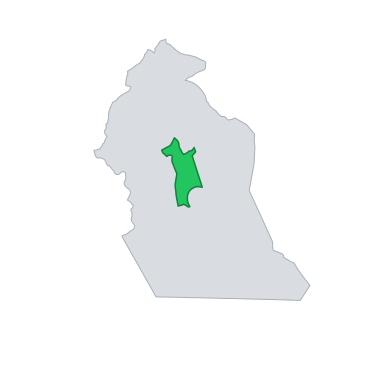 Batha Ouest, Batha, Chad shown in context, rotated 151°
{"feature_id": "50815135B78939282341988", "entity_name": "Batha Ouest", "entity_type": "district", "adm_level": 2, "iso_a3": "TCD", "parent_name": "Chad", "parent_adm1": "Batha", "projection": "natural_earth1", "projection_center": [18.7, 14.28], "detail": "fine", "context": "in_parent", "style": "filled", "palette": "green", "viewbox_px": 384, "rotation_deg": 151, "n_neighbors": 0, "source": "geoboundaries", "source_scale": "gbopen_adm2", "svg_char_len": 4707}
<svg xmlns="http://www.w3.org/2000/svg" viewBox="0 0 384 384"><g transform="rotate(151 192 192)"><path d="M274.3,117.7L274.3,126.0L274.4,134.2L274.5,142.4L274.5,150.7L274.6,158.9L274.7,167.1L274.7,175.4L274.8,183.6L274.8,186.3L274.6,187.4L274.5,187.5L274.2,187.7L270.5,187.0L268.9,186.9L266.6,187.5L263.2,187.8L261.0,187.7L259.5,189.2L258.4,190.9L258.9,195.0L258.8,196.3L258.4,197.7L257.4,198.9L256.3,199.9L255.7,200.7L255.0,202.6L254.4,203.4L254.5,204.6L254.3,205.8L253.7,206.5L252.1,206.9L251.1,207.5L250.3,208.3L249.8,209.0L250.1,209.8L250.5,211.0L250.7,212.8L250.9,213.9L251.6,214.8L252.1,215.4L252.3,216.2L251.8,216.8L249.9,218.1L249.1,218.6L248.3,219.3L247.9,219.5L246.5,220.8L245.8,221.9L245.5,222.8L245.5,224.1L246.2,226.0L247.0,227.6L247.3,228.9L247.5,230.2L247.4,231.5L247.0,232.6L246.3,233.6L243.7,235.5L242.4,237.5L241.4,240.1L241.1,241.4L241.4,242.3L242.0,243.1L242.8,243.5L243.9,243.6L245.8,243.2L247.6,242.9L249.4,243.8L250.4,245.9L250.1,247.5L250.8,250.2L251.4,253.6L251.4,254.7L251.7,255.2L252.8,255.4L253.1,256.2L252.7,262.1L253.3,263.7L254.1,264.9L255.0,265.5L255.9,266.3L256.3,266.9L257.4,267.0L258.5,268.0L258.9,269.5L258.8,270.9L258.1,273.9L257.6,275.9L256.9,275.7L255.5,275.2L253.8,274.8L251.8,274.5L249.8,275.3L247.7,276.3L247.1,277.1L246.5,277.6L245.5,277.5L244.7,277.7L244.2,278.4L243.4,279.2L240.4,281.0L239.7,281.6L239.4,282.2L239.4,282.9L239.7,284.3L239.7,286.1L239.0,287.5L238.2,288.4L237.3,288.8L236.6,289.0L236.1,289.6L234.5,292.8L233.8,293.4L232.4,293.3L228.4,298.1L228.0,299.5L226.5,301.5L224.6,303.8L223.0,304.8L222.9,305.2L222.4,305.7L221.4,306.2L217.8,308.9L213.6,308.8L211.7,309.8L209.8,310.3L207.2,310.8L206.4,310.8L202.9,311.0L198.9,310.9L197.3,311.3L195.9,312.3L194.8,313.2L194.7,313.6L194.8,313.9L194.8,314.2L197.6,316.5L198.3,317.5L197.6,318.6L197.3,318.8L197.2,318.8L196.8,319.7L195.1,322.2L192.6,325.1L191.3,326.0L190.8,326.5L190.1,328.5L189.7,328.8L188.0,329.0L184.5,329.2L179.8,329.9L177.0,330.1L175.2,329.9L172.7,331.3L171.8,331.6L171.3,331.7L168.8,333.1L166.8,335.1L166.0,335.5L163.2,336.4L162.0,337.8L161.5,337.9L159.6,336.0L158.4,334.3L157.8,332.6L157.7,332.1L157.3,332.2L156.3,332.9L155.5,333.8L155.0,335.4L152.1,336.5L149.5,337.5L148.4,338.7L146.6,339.3L144.3,339.0L142.5,338.5L140.8,338.4L141.6,336.9L142.0,335.8L142.0,334.4L141.9,333.5L140.9,333.1L140.2,332.3L138.7,328.1L137.2,323.7L135.1,319.4L132.7,316.6L131.0,314.9L130.5,314.7L129.6,314.2L129.0,313.7L125.9,310.8L122.7,307.5L121.9,306.0L120.3,303.7L118.5,301.4L117.5,300.4L117.1,298.5L118.4,296.8L119.7,294.6L121.3,293.2L123.5,293.1L126.9,293.7L130.7,293.9L134.4,293.4L135.4,293.1L136.4,293.2L138.4,293.7L141.9,293.5L143.7,292.7L141.7,291.2L139.6,288.8L137.7,286.2L136.5,283.9L135.4,280.9L134.4,277.1L133.8,272.3L133.9,269.6L134.3,267.6L135.3,264.4L134.6,262.6L134.8,261.1L134.7,258.8L134.4,257.7L133.0,254.0L132.8,253.6L131.6,251.0L131.0,246.7L129.7,243.9L127.5,242.5L126.3,240.9L125.9,237.9L125.0,237.2L121.6,236.1L118.7,236.1L116.7,232.8L114.0,228.5L111.6,224.6L110.1,216.7L109.2,212.1L110.2,210.7L112.3,207.5L114.9,201.3L120.8,191.8L123.8,186.9L129.8,179.6L137.1,170.6L141.3,165.5L142.0,156.3L142.7,146.5L143.3,139.1L144.0,130.4L144.6,123.1L145.0,117.7L145.6,110.2L146.1,108.7L149.0,102.8L149.2,102.0L148.7,101.0L144.6,96.0L143.4,94.9L142.6,92.3L143.7,90.8L138.9,82.3L137.7,81.3L137.1,80.3L137.1,78.7L137.0,72.9L135.8,63.7L134.2,53.0L139.9,50.0L144.2,47.7L149.8,44.7L154.9,47.7L162.3,52.1L169.7,56.5L177.1,60.9L184.6,65.3L192.0,69.6L199.4,74.0L206.9,78.4L214.3,82.7L221.8,87.1L229.3,91.5L236.8,95.9L244.2,100.2L251.7,104.6L259.2,109.0L266.7,113.3L274.3,117.7Z" fill="#d9dde1" stroke="#a8b0b8" stroke-width="1"/><path d="M210.9,186.5L207.5,185.5L205.4,185.3L204.3,184.1L202.7,180.9L201.9,180.3L201.3,180.4L200.9,180.5L200.9,181.6L201.0,182.1L200.9,182.7L200.8,183.8L200.5,185.4L199.9,187.4L199.7,187.7L198.0,190.6L197.5,191.1L196.4,192.3L195.4,193.0L193.8,194.1L191.1,194.9L187.4,194.9L184.6,194.1L180.8,191.3L180.7,191.3L174.3,223.6L169.3,225.4L168.7,229.7L170.9,228.8L172.1,228.4L173.4,228.7L174.7,229.2L177.0,228.7L180.3,228.7L181.0,228.8L181.4,230.2L181.6,231.5L181.4,233.6L181.4,234.9L181.5,236.3L181.1,238.4L180.3,240.0L179.9,241.8L179.8,243.6L180.3,245.4L180.6,246.6L181.1,247.7L181.8,247.7L182.3,247.0L186.0,244.6L188.3,243.2L188.7,243.2L196.4,243.3L198.2,243.2L198.5,240.5L198.4,239.8L198.0,239.2L197.8,238.4L197.5,237.6L197.1,236.8L197.1,235.7L196.5,235.3L195.9,235.4L195.0,235.5L194.3,235.4L193.2,234.7L192.4,234.3L192.0,233.1L192.2,232.1L192.9,231.5L194.1,229.8L194.9,227.4L195.1,225.1L195.5,222.4L195.7,221.3L196.1,218.0L196.4,215.2L199.2,211.7L202.4,207.7L204.2,204.7L205.6,200.9L207.4,196.9L208.8,192.9L210.9,186.5Z" fill="#22c55e" stroke="#15803d" stroke-width="1.5"/></g></svg>